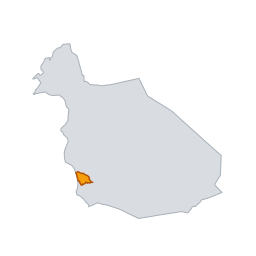 Goudoumaria, Diffa, Niger (highlighted), rotated 77°
{"feature_id": "23599985B75635581877036", "entity_name": "Goudoumaria", "entity_type": "district", "adm_level": 2, "iso_a3": "NER", "parent_name": "Niger", "parent_adm1": "Diffa", "projection": "natural_earth1", "projection_center": [11.333, 13.844], "detail": "fine", "context": "in_parent", "style": "filled", "palette": "amber", "viewbox_px": 256, "rotation_deg": 77, "n_neighbors": 0, "source": "geoboundaries", "source_scale": "gbopen_adm2", "svg_char_len": 3850}
<svg xmlns="http://www.w3.org/2000/svg" viewBox="0 0 256 256"><g transform="rotate(77 128 128)"><path d="M195.9,183.9L193.7,183.9L192.5,184.4L190.9,185.8L189.1,186.3L186.9,187.5L185.6,188.5L184.3,189.3L182.5,191.2L182.0,192.6L180.2,192.9L177.7,192.7L176.2,191.2L172.6,189.7L170.2,189.1L169.1,188.9L163.6,188.6L157.7,189.2L154.7,189.9L154.1,190.1L152.4,191.0L151.0,192.0L147.2,196.7L142.1,196.5L139.1,196.0L136.6,195.3L133.0,193.1L128.6,189.8L126.9,189.3L125.4,189.1L124.9,189.1L119.6,192.4L118.6,192.3L117.3,192.7L116.5,193.5L115.9,193.9L115.3,194.0L114.4,193.8L113.6,193.3L112.8,192.4L110.7,188.7L110.2,188.1L109.3,187.0L107.7,185.3L106.7,184.5L106.1,184.3L105.3,184.5L101.1,183.0L96.8,181.5L95.9,181.7L95.3,182.0L93.8,183.1L92.1,183.3L89.9,183.2L88.7,183.1L86.7,183.5L85.4,183.9L83.8,184.7L81.6,186.8L80.9,187.1L80.4,187.4L79.6,193.2L79.0,194.9L77.9,197.2L75.7,199.3L74.2,200.7L74.1,202.4L74.0,205.3L73.9,207.3L74.0,208.6L73.8,209.3L73.7,209.8L73.7,210.7L74.1,211.1L74.3,211.6L74.2,212.1L73.4,212.6L72.7,211.3L71.7,210.3L70.6,209.9L69.8,209.3L69.5,208.3L68.0,206.5L64.7,203.0L64.4,202.9L63.9,202.7L62.9,203.2L62.3,203.8L61.9,204.0L61.3,204.0L59.7,204.5L58.5,205.1L58.4,205.5L59.0,208.2L58.7,209.7L58.2,209.0L56.4,206.3L55.1,204.3L54.9,203.8L54.7,203.1L54.8,202.8L55.3,202.6L56.5,202.3L56.7,202.1L56.8,201.6L56.6,200.5L56.0,199.1L55.3,198.2L55.0,198.0L54.3,198.0L53.5,198.1L52.1,199.3L51.5,199.5L50.0,199.4L48.7,199.2L47.9,198.6L45.6,196.3L43.1,193.9L42.0,193.6L41.7,193.3L41.6,191.5L41.6,189.3L41.8,188.7L42.9,189.1L44.0,189.2L44.4,188.8L43.5,188.1L42.2,187.3L41.7,186.1L41.3,185.6L40.7,185.2L40.0,185.0L39.4,184.7L38.9,184.3L38.1,184.2L37.3,183.9L36.2,182.0L35.1,180.1L34.4,178.6L34.2,177.7L34.5,176.2L34.2,175.5L33.0,174.0L31.9,172.6L32.2,170.3L32.4,168.5L32.5,167.3L32.7,166.6L32.8,165.9L33.5,165.7L35.3,165.7L38.8,166.0L41.6,165.6L43.7,163.6L45.9,161.5L49.2,161.3L52.7,161.1L55.5,161.0L59.6,160.8L62.9,160.7L66.6,160.5L66.8,159.5L67.0,159.3L67.4,159.3L70.2,159.8L72.8,160.3L73.0,158.5L75.3,156.2L76.6,155.7L77.0,155.3L77.4,154.6L77.6,153.4L77.8,152.6L78.3,151.9L78.6,150.6L79.1,148.3L80.4,146.0L81.2,142.8L81.3,139.7L81.5,137.3L81.9,136.8L81.9,132.7L82.0,128.5L82.0,124.9L82.0,120.5L82.0,116.6L82.1,112.4L82.1,108.6L82.1,106.1L84.8,105.5L87.5,104.9L91.5,104.0L95.9,103.0L100.6,101.9L101.7,101.3L105.2,97.7L106.9,96.1L110.1,92.8L112.5,90.3L115.7,87.1L119.0,83.9L121.7,81.3L125.8,78.4L132.1,74.1L138.4,69.7L144.6,65.3L150.9,60.9L157.1,56.6L163.3,52.2L169.6,47.8L175.8,43.4L182.0,45.1L188.0,46.7L193.9,48.3L195.4,49.1L198.5,52.3L202.6,56.3L202.8,56.3L203.0,56.3L206.9,54.0L211.9,50.9L213.3,59.2L214.4,66.3L214.5,70.8L214.5,72.0L214.9,72.8L215.9,73.6L219.7,80.2L218.9,81.3L219.5,83.3L220.5,84.2L223.7,88.1L224.1,88.9L223.9,89.5L221.7,94.1L221.4,95.2L221.0,101.1L220.7,105.2L220.3,110.9L219.8,117.7L219.5,123.4L219.0,130.9L218.5,138.1L215.3,142.0L209.7,149.0L205.1,154.7L202.8,158.4L198.3,165.9L196.3,170.7L194.8,173.2L194.0,174.2L194.7,177.7L195.9,183.9Z" fill="#d9dde1" stroke="#a8b0b8" stroke-width="1"/><path d="M159.8,188.7L161.4,188.6L163.9,188.5L168.4,188.5L168.5,188.0L168.8,187.5L169.3,187.3L169.5,187.2L170.9,187.2L171.5,186.7L172.5,186.7L173.2,186.2L173.2,185.6L172.8,185.2L172.7,184.9L173.0,184.7L172.7,184.1L172.6,183.3L172.5,182.6L172.2,182.1L171.7,181.5L171.4,181.2L171.4,180.9L171.5,180.6L171.8,180.4L172.4,180.2L172.6,180.0L172.5,179.0L172.5,178.2L173.0,177.5L172.9,177.0L172.7,176.4L172.7,176.1L172.8,175.8L172.8,175.1L172.7,175.2L171.7,176.0L171.1,176.7L169.8,176.9L168.9,177.2L168.3,177.3L167.2,177.0L166.8,177.2L166.6,177.3L165.7,177.9L165.1,178.4L164.8,178.9L164.5,179.4L164.3,179.7L163.9,180.1L163.3,180.7L163.0,181.2L161.9,182.0L161.9,182.9L161.8,183.6L161.4,184.1L160.7,185.0L160.5,185.3L160.1,185.6L159.4,186.3L159.3,186.5L159.4,186.9L159.7,187.7L159.8,188.7Z" fill="#f59e0b" stroke="#b45309" stroke-width="1.5"/></g></svg>